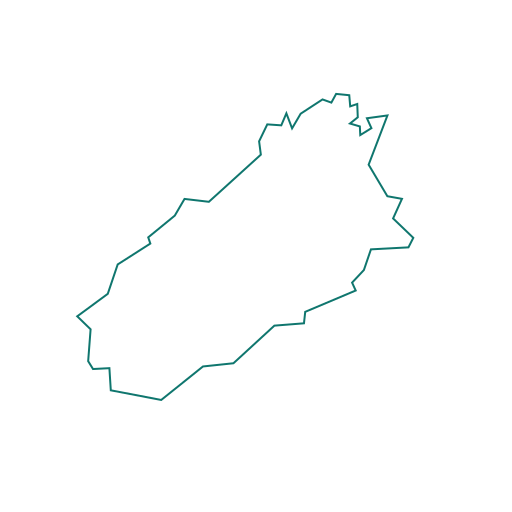 the Province of Punjab, rotated 27°
{"feature_id": "PAK-1113", "entity_name": "Punjab", "entity_type": "Province", "adm_level": 1, "iso_a3": "PAK", "parent_name": "Pakistan", "parent_adm1": "", "projection": "equal_earth", "projection_center": [72.142, 30.862], "detail": "coarse", "context": "isolated", "style": "outline", "palette": "teal", "viewbox_px": 512, "rotation_deg": 27, "n_neighbors": 0, "source": "natural_earth", "source_scale": "10m", "svg_char_len": 753}
<svg xmlns="http://www.w3.org/2000/svg" viewBox="0 0 512 512"><g transform="rotate(27 256 256)"><path d="M387.9,168.4L387.9,179.1L355.4,197.9L358.5,219.5L353.7,236.1L360.5,241.5L325.2,283.4L329.3,294.2L304.0,309.7L284.6,361.8L258.9,378.5L236.9,427.3L187.6,441.6L176.3,422.5L162.1,430.7L154.2,425.9L141.9,396.4L124.1,390.9L141.1,357.0L136.6,326.3L156.2,292.9L151.5,288.3L165.3,256.9L166.4,237.6L189.4,229.1L214.3,163.5L206.7,152.4L206.3,133.6L219.2,128.1L218.3,115.1L230.2,125.9L231.2,108.9L244.2,86.3L253.5,85.1L253.8,75.2L266.1,70.4L272.0,79.9L277.2,74.6L283.7,86.2L279.6,95.3L289.7,93.4L294.0,100.9L300.8,89.7L292.3,82.9L309.3,71.1L314.9,123.5L345.9,143.1L360.1,138.8L361.1,160.3L387.9,168.4Z" fill="none" stroke="#0f766e" stroke-width="2"/></g></svg>